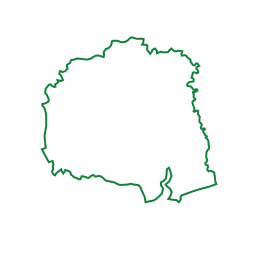 the district of Kuala Muda, Kedah, Malaysia, rotated 250°
{"feature_id": "92858781B60968971882976", "entity_name": "Kuala Muda", "entity_type": "district", "adm_level": 2, "iso_a3": "MYS", "parent_name": "Malaysia", "parent_adm1": "Kedah", "projection": "orthographic", "projection_center": [100.515, 5.701], "detail": "fine", "context": "isolated", "style": "outline", "palette": "green", "viewbox_px": 256, "rotation_deg": 250, "n_neighbors": 0, "source": "geoboundaries", "source_scale": "gbopen_adm2", "svg_char_len": 3747}
<svg xmlns="http://www.w3.org/2000/svg" viewBox="0 0 256 256"><g transform="rotate(250 128 128)"><path d="M142.5,202.3L145.4,201.4L146.1,200.1L147.2,198.4L148.3,198.1L149.3,199.2L150.1,200.6L150.0,202.3L149.3,205.4L151.3,206.4L152.7,206.0L153.5,204.9L154.9,206.0L156.2,206.9L157.5,207.5L157.9,208.6L157.5,209.8L155.9,211.3L156.1,212.9L157.3,213.4L160.6,212.6L161.5,212.9L161.7,214.1L161.9,216.2L163.2,215.8L164.7,215.4L165.3,214.5L165.0,213.4L164.2,212.1L164.6,210.8L165.8,210.3L166.9,210.1L168.8,209.4L170.6,210.1L171.9,209.4L173.6,208.0L175.5,207.7L177.1,206.3L177.5,203.4L179.2,203.3L180.7,204.8L181.6,205.3L183.6,201.2L183.6,199.8L183.9,198.3L186.1,196.7L187.9,195.9L187.5,195.0L186.6,193.0L185.6,191.8L185.8,190.6L186.3,189.1L187.4,186.4L188.5,184.5L188.3,180.7L190.6,181.5L193.5,180.5L193.1,177.8L191.6,176.5L190.1,174.2L195.0,172.7L198.7,174.4L199.6,174.2L200.6,171.9L201.5,169.8L202.9,171.5L206.3,173.1L207.8,170.0L208.4,167.5L209.9,165.2L211.9,162.7L211.7,160.4L210.3,157.4L209.9,154.7L210.7,151.3L212.8,148.8L214.1,146.7L215.1,143.6L215.1,142.7L212.0,140.8L211.3,140.2L209.7,137.1L209.9,134.1L209.0,133.5L208.0,131.4L204.0,130.1L202.9,129.3L204.4,127.6L206.3,124.9L206.9,122.6L206.7,119.4L205.9,117.6L206.1,114.6L206.5,112.3L207.8,110.0L209.2,107.1L210.7,103.9L210.7,100.8L211.3,97.8L209.2,95.9L208.6,94.1L208.0,92.0L205.7,91.5L204.4,91.5L202.9,88.2L203.0,85.7L204.8,83.6L202.3,81.9L199.6,83.1L195.4,83.3L195.0,81.1L197.1,78.1L194.8,77.9L194.4,76.8L193.9,74.5L191.6,73.9L191.8,72.6L193.3,71.2L195.6,70.1L195.6,68.2L194.4,66.4L193.3,64.3L189.5,62.2L187.0,63.0L183.7,63.4L180.9,63.0L179.9,61.7L179.5,59.0L179.7,55.9L179.7,55.6L178.2,55.2L176.1,56.1L173.4,56.3L168.3,55.6L157.7,51.8L149.0,46.8L137.5,43.9L137.4,39.8L123.0,41.9L122.7,45.8L119.4,45.6L118.6,44.8L117.6,44.1L115.9,44.0L114.5,43.3L113.4,41.9L111.1,41.8L109.3,42.3L108.9,42.8L108.5,43.3L109.3,44.1L110.3,45.8L112.0,51.1L109.6,51.0L107.4,51.6L108.9,53.8L110.0,54.7L109.2,55.7L107.9,57.6L105.7,58.8L103.9,58.3L102.2,59.4L100.0,60.7L98.4,62.8L96.8,64.0L96.2,65.7L98.5,68.0L97.0,70.8L94.7,73.3L94.7,74.8L95.7,76.9L95.7,79.4L93.4,80.8L93.0,84.2L91.7,86.1L89.2,87.6L86.1,89.2L84.8,91.5L83.1,94.0L81.5,96.6L79.2,98.7L77.3,100.8L75.8,105.4L75.0,108.3L74.7,111.3L72.6,114.6L71.0,118.0L68.0,119.5L64.3,119.5L57.8,120.1L52.3,119.2L51.1,127.4L52.0,131.3L54.9,137.6L59.4,140.3L62.4,139.4L65.7,140.3L66.0,143.2L67.5,146.2L71.1,148.3L75.8,150.4L76.7,152.8L74.0,153.1L71.4,152.8L68.1,152.5L66.3,151.0L63.6,148.3L62.1,144.1L60.3,144.4L56.4,146.8L52.8,147.1L49.6,144.7L47.5,141.7L45.7,144.7L43.6,148.9L40.9,150.4L42.7,153.1L45.1,153.7L46.3,155.2L46.3,159.4L46.3,163.5L46.3,167.1L46.0,174.3L45.1,183.5L45.1,191.8L48.0,191.8L54.3,193.3L56.8,193.7L57.9,192.9L58.8,191.8L59.4,190.5L59.9,188.9L61.1,188.2L62.9,188.8L64.0,190.0L65.6,190.2L66.5,188.9L67.7,188.5L68.9,188.9L69.4,190.4L70.7,191.5L72.9,191.5L74.0,191.5L78.2,193.3L79.2,194.3L80.2,195.6L80.8,197.0L82.1,197.7L84.7,198.1L88.0,199.0L90.1,198.9L92.3,197.7L93.1,199.3L94.7,198.1L99.5,197.3L100.0,197.9L100.5,199.8L101.7,199.2L101.9,196.8L103.3,196.4L105.7,198.4L107.3,198.3L108.9,197.3L111.1,197.8L112.4,198.4L113.8,199.3L115.7,198.8L117.2,198.4L120.0,199.8L120.8,198.9L120.5,195.9L121.3,195.4L122.2,196.6L123.8,197.1L126.5,197.1L128.3,197.0L130.4,197.4L130.6,197.7L131.0,198.3L131.2,198.7L131.4,199.0L131.3,199.5L131.2,199.8L131.3,200.3L131.5,200.7L131.8,201.0L132.1,201.1L132.8,200.8L134.1,200.3L135.5,200.5L136.8,201.2L137.5,201.3L138.1,201.3L138.5,201.2L139.0,201.2L139.5,201.3L139.7,201.9L139.6,202.2L139.2,202.4L139.0,202.7L139.1,203.0L139.1,203.8L139.0,204.3L139.0,204.7L139.4,206.0L140.4,206.0L141.0,205.7L141.2,205.3L141.2,204.8L141.1,204.3L141.3,203.3L141.9,202.5L142.5,202.3Z" fill="none" stroke="#15803d" stroke-width="2"/></g></svg>